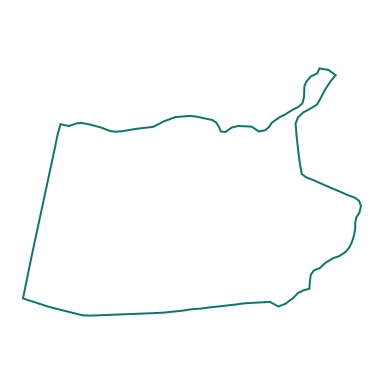 São Gonçalo do Amarante, Rio Grande do Norte, Brazil
{"feature_id": "56859067B3289637824889", "entity_name": "São Gonçalo do Amarante", "entity_type": "district", "adm_level": 2, "iso_a3": "BRA", "parent_name": "Brazil", "parent_adm1": "Rio Grande do Norte", "projection": "robinson", "projection_center": [-35.331, -5.773], "detail": "fine", "context": "isolated", "style": "outline", "palette": "teal", "viewbox_px": 384, "rotation_deg": 0, "n_neighbors": 0, "source": "geoboundaries", "source_scale": "gbopen_adm2", "svg_char_len": 1501}
<svg xmlns="http://www.w3.org/2000/svg" viewBox="0 0 384 384"><path d="M60.5,124.2L57.7,134.3L56.0,142.2L55.1,147.0L53.4,154.8L33.5,247.4L31.4,257.2L23.0,298.4L27.8,300.1L33.8,301.9L38.7,303.5L48.3,306.7L82.5,315.3L90.4,315.6L119.0,314.5L146.8,313.4L152.3,313.2L162.9,312.7L171.0,311.8L181.4,310.8L190.2,309.4L200.9,308.6L208.4,307.5L218.2,306.5L232.2,304.9L236.9,304.4L241.2,303.7L246.1,303.2L269.9,301.9L278.4,306.5L285.6,303.7L293.3,297.9L297.9,293.1L303.5,290.3L309.4,288.8L309.7,283.3L310.7,275.0L313.9,270.4L319.7,268.2L325.3,262.9L333.6,257.9L339.2,256.2L346.0,251.6L349.5,247.1L351.9,242.1L354.0,235.4L355.2,228.7L355.2,223.4L356.2,217.7L359.5,212.4L361.0,206.1L359.0,200.7L354.5,197.6L347.8,195.1L341.3,192.2L330.1,187.5L322.3,184.1L312.6,179.8L306.4,177.4L301.8,174.1L300.0,164.5L299.0,157.3L298.1,149.9L297.3,142.2L296.5,135.4L296.2,130.3L295.5,123.8L297.9,117.5L303.0,112.6L311.8,107.8L317.0,104.6L320.6,98.3L324.7,90.3L330.8,80.9L335.7,75.2L328.4,69.9L319.4,68.4L317.3,73.3L310.7,76.5L306.4,81.6L304.4,86.2L304.0,97.5L302.3,103.5L297.9,107.2L291.9,110.2L284.8,114.7L280.3,116.8L275.8,119.9L271.7,122.8L268.9,127.1L265.1,130.3L258.8,131.4L251.6,126.6L237.9,126.0L231.7,127.6L225.3,132.0L220.8,131.4L218.9,126.8L216.0,122.3L212.0,119.9L204.2,118.3L196.6,116.6L189.7,115.9L175.5,117.1L164.4,121.1L158.0,124.4L153.0,126.9L136.4,128.8L122.3,131.2L115.8,131.7L110.5,131.1L100.6,127.4L89.4,124.4L82.1,123.0L77.1,123.3L68.8,126.0L60.5,124.2Z" fill="none" stroke="#0f766e" stroke-width="2"/></svg>